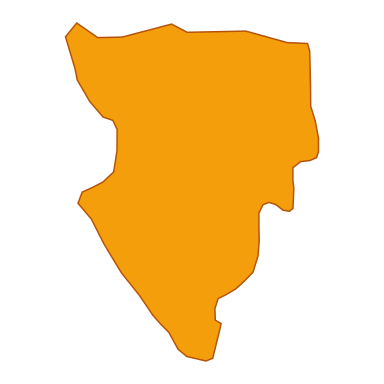 SVG path tracing the border of Lipkovo
{"feature_id": "MKD-2920", "entity_name": "Lipkovo", "entity_type": "Statistical Region", "adm_level": 1, "iso_a3": "MKD", "parent_name": "North Macedonia", "parent_adm1": "", "projection": "albers", "projection_center": [21.587, 42.142], "detail": "fine", "context": "isolated", "style": "filled", "palette": "amber", "viewbox_px": 384, "rotation_deg": 0, "n_neighbors": 0, "source": "natural_earth", "source_scale": "10m", "svg_char_len": 922}
<svg xmlns="http://www.w3.org/2000/svg" viewBox="0 0 384 384"><path d="M76.7,23.0L97.7,37.6L122.0,37.1L171.6,24.1L174.2,25.5L187.2,32.3L245.8,31.1L287.2,42.6L307.5,43.5L309.7,51.3L310.5,84.8L310.7,106.3L315.2,120.8L318.5,138.1L318.5,151.5L316.5,157.7L309.9,160.5L300.7,161.6L292.9,167.7L292.9,180.6L293.8,187.9L293.3,201.2L292.9,208.5L289.3,211.3L283.0,210.2L275.9,204.6L269.0,202.4L263.1,204.6L258.9,213.0L258.9,227.0L259.2,240.9L258.0,256.0L253.0,272.2L244.3,281.1L235.6,289.0L225.2,295.1L218.2,298.5L214.9,308.5L215.3,320.2L221.1,323.6L220.0,328.7L212.7,358.3L206.0,361.0L186.8,356.5L178.1,349.3L168.8,332.3L160.8,324.3L152.9,315.3L146.8,306.3L139.6,295.6L121.6,273.1L111.3,256.2L103.8,243.6L91.3,219.0L78.0,203.3L82.2,192.1L92.1,187.6L103.0,182.0L113.7,171.9L117.0,150.6L117.1,129.4L112.9,120.4L103.0,117.0L89.7,101.4L77.3,80.1L75.0,68.6L65.5,36.8L76.7,23.0Z" fill="#f59e0b" stroke="#b45309" stroke-width="1.5"/></svg>